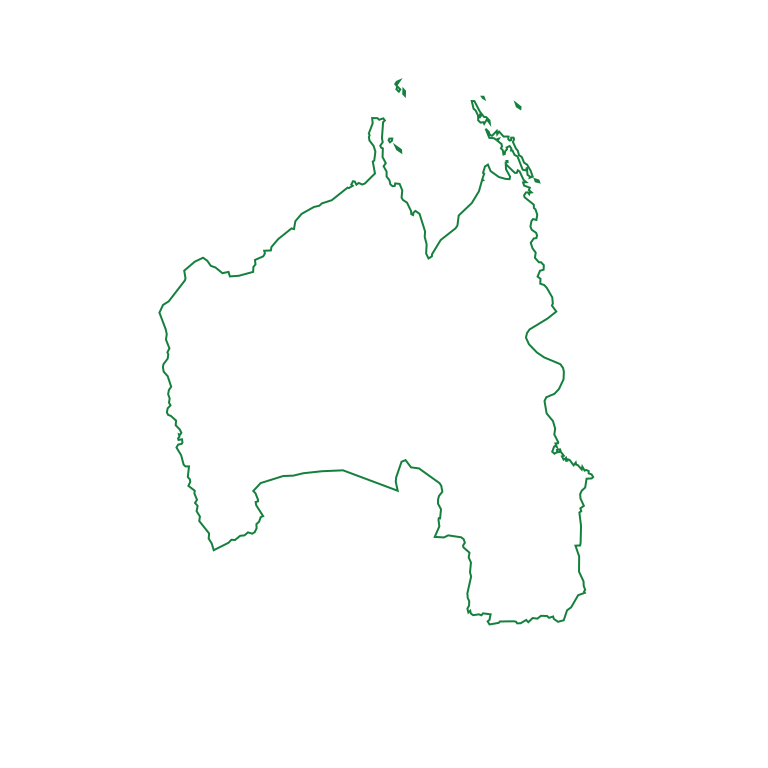 outline of Ao Luek, Krabi, Thailand, rotated 161°
{"feature_id": "78962969B54777225393770", "entity_name": "Ao Luek", "entity_type": "district", "adm_level": 2, "iso_a3": "THA", "parent_name": "Thailand", "parent_adm1": "Krabi", "projection": "robinson", "projection_center": [98.715, 8.383], "detail": "fine", "context": "isolated", "style": "outline", "palette": "green", "viewbox_px": 768, "rotation_deg": 161, "n_neighbors": 0, "source": "geoboundaries", "source_scale": "gbopen_adm2", "svg_char_len": 6177}
<svg xmlns="http://www.w3.org/2000/svg" viewBox="0 0 768 768"><g transform="rotate(161 384 384)"><path d="M599.1,282.3L582.7,284.5L578.9,286.4L575.7,285.0L569.4,287.3L565.2,286.3L560.9,288.0L557.4,285.4L554.6,285.9L551.4,289.1L550.3,293.0L546.9,294.5L543.9,298.3L541.3,298.4L544.3,310.9L543.8,314.2L541.3,314.1L540.8,315.7L541.1,322.6L542.4,325.4L532.9,330.5L509.2,329.8L499.7,326.9L489.4,325.9L471.0,321.7L450.8,315.7L405.8,278.6L404.7,287.8L402.8,291.9L392.7,304.8L388.4,305.0L385.6,296.4L378.4,292.8L363.8,272.2L363.0,269.2L363.9,263.1L368.4,260.3L370.5,257.2L371.9,253.2L370.9,247.0L374.7,238.7L375.9,239.3L376.7,237.8L378.0,231.4L385.8,222.9L377.2,219.4L372.6,220.0L360.9,213.9L359.2,211.3L359.2,207.6L361.8,205.6L362.1,203.7L358.1,196.7L360.4,192.4L359.9,186.9L364.0,177.9L364.3,173.6L373.3,159.0L374.5,154.4L374.1,150.9L375.8,146.7L378.3,144.4L378.6,140.5L376.3,141.5L376.6,138.7L375.0,136.4L369.2,135.3L367.3,133.6L365.0,134.9L358.2,131.5L361.1,126.6L363.3,125.8L362.5,122.3L353.4,120.8L351.7,121.7L338.3,117.3L336.5,116.2L336.1,114.4L332.8,113.3L326.4,114.6L325.1,111.8L319.7,114.3L315.3,112.2L311.1,113.7L305.4,111.6L304.1,109.2L299.8,109.1L299.9,106.7L296.9,102.5L291.0,102.1L284.6,110.4L279.8,111.9L269.2,121.1L262.1,121.2L262.5,122.5L260.8,123.9L260.9,128.1L259.6,132.4L260.7,143.1L255.6,157.4L255.6,168.8L251.1,167.5L249.7,170.1L243.9,185.7L241.1,198.9L238.9,199.5L238.8,202.5L234.7,203.7L235.5,211.8L234.4,216.0L231.7,218.8L227.5,220.6L223.3,228.5L218.4,227.1L216.5,227.9L217.2,231.0L219.6,232.9L218.8,235.0L220.8,236.9L222.5,236.8L223.4,241.3L224.9,238.8L227.2,244.3L228.6,245.2L228.3,247.3L231.2,245.4L233.2,251.7L234.6,252.9L235.5,251.7L236.8,252.1L236.0,254.9L238.8,254.0L239.3,257.7L237.3,257.6L239.0,262.4L240.7,262.7L238.8,263.5L238.8,264.9L241.8,265.4L242.4,263.3L245.5,262.6L247.0,265.2L243.5,269.5L242.2,269.7L241.1,268.1L241.2,272.0L238.8,271.3L238.2,272.2L239.4,280.9L236.7,286.0L236.3,293.9L239.8,303.2L237.8,315.6L234.8,318.7L226.1,319.2L220.2,322.3L212.7,330.0L209.9,337.1L209.5,340.9L210.8,345.3L223.9,357.0L229.2,364.1L234.0,374.4L234.7,381.6L232.2,385.6L228.6,388.2L208.0,392.7L197.5,396.4L199.7,403.5L198.2,405.0L196.7,411.1L198.8,422.0L200.3,425.4L203.6,428.0L201.8,432.5L203.8,435.6L199.6,440.3L195.9,440.1L194.2,444.3L195.9,448.0L197.9,448.6L200.2,454.2L197.8,458.8L199.4,464.0L199.3,469.7L195.1,472.8L192.4,472.4L191.0,474.5L190.9,477.4L194.1,481.7L194.3,485.2L191.4,490.2L189.4,491.4L186.5,489.5L184.0,494.1L183.9,499.8L185.0,501.6L184.0,504.8L190.3,514.8L190.1,516.8L187.4,518.9L185.5,518.3L184.9,516.2L184.0,517.4L182.1,517.1L183.9,520.2L182.2,522.1L186.9,526.0L186.9,529.3L183.8,528.5L185.5,531.3L186.6,540.8L187.9,542.5L189.7,540.4L191.6,541.1L197.3,552.3L198.7,547.4L197.3,538.9L198.6,536.8L202.4,538.4L208.0,542.3L213.9,550.6L214.3,557.6L217.7,556.8L221.6,551.4L220.8,550.3L224.5,545.5L223.9,544.4L225.2,544.4L231.5,535.3L242.1,526.5L258.5,519.0L263.0,509.9L265.7,507.9L283.5,501.7L296.3,491.1L297.2,489.1L301.0,488.2L301.7,493.6L298.2,502.2L297.6,509.9L295.5,514.8L295.0,533.3L297.9,537.4L300.3,536.5L301.5,534.3L302.9,535.7L302.1,538.8L303.2,548.0L306.2,551.9L306.7,554.5L303.7,561.1L304.1,568.1L308.1,570.0L309.4,567.8L311.5,568.2L313.0,570.7L312.5,574.9L314.0,579.2L312.4,584.1L313.5,590.0L310.4,592.3L311.5,599.0L308.4,607.1L309.8,608.4L309.9,610.6L306.5,613.0L305.9,617.1L299.6,631.9L297.4,632.9L298.2,635.4L302.5,635.4L303.7,637.5L308.6,639.3L309.8,634.2L316.8,625.8L316.6,623.9L317.9,622.4L318.5,619.0L316.3,612.4L316.5,606.5L320.5,598.4L322.2,598.0L324.0,586.0L336.8,579.8L339.6,579.7L342.4,582.3L345.2,581.5L345.7,584.9L347.3,585.8L350.0,583.2L349.0,581.6L353.4,580.7L354.6,581.5L373.5,574.8L384.0,575.0L387.1,573.6L392.6,574.2L406.5,571.7L414.8,566.8L418.7,559.8L420.8,561.2L436.8,555.5L445.8,550.2L447.5,547.1L453.9,549.0L454.1,546.2L456.6,544.0L465.6,543.3L466.6,538.9L469.4,537.2L471.2,532.6L486.1,533.6L494.7,535.9L494.5,540.6L500.7,541.4L505.4,549.0L509.3,552.1L511.0,558.1L514.0,562.3L523.0,561.3L536.0,556.2L537.3,548.5L538.5,546.8L560.7,532.2L567.2,530.7L573.1,524.6L572.6,506.5L573.2,501.8L575.7,497.0L575.3,487.5L578.5,484.5L578.3,482.3L580.3,478.4L586.1,474.5L587.6,471.8L588.3,467.3L586.0,461.9L586.1,450.7L589.3,448.4L591.4,444.7L591.4,440.0L593.4,436.3L592.8,433.3L596.5,431.4L598.5,427.9L598.2,425.1L596.0,423.3L592.5,417.1L594.4,412.8L591.9,407.5L591.5,403.8L593.4,402.4L594.3,403.2L594.6,400.7L596.4,399.6L596.5,398.0L593.0,397.5L593.6,394.3L594.8,393.3L598.4,393.7L600.9,391.5L599.0,382.7L599.7,372.9L598.5,370.7L595.2,369.6L599.8,359.9L598.6,357.1L599.0,354.6L602.1,351.4L597.7,344.7L598.9,342.3L598.5,335.4L601.4,333.1L599.9,329.4L602.6,324.8L601.2,318.6L603.3,314.6L598.0,299.6L600.1,294.9L598.8,289.3L599.1,282.3ZM179.1,531.6L175.9,531.6L175.9,537.8L177.3,544.8L179.5,547.7L179.8,553.7L181.8,556.4L181.6,561.3L182.6,563.7L183.3,570.9L181.3,573.1L181.3,574.7L183.5,575.5L184.5,573.2L185.9,573.2L186.8,575.0L185.7,577.4L190.4,579.1L193.0,585.2L195.6,583.3L195.0,586.6L201.1,583.5L202.8,585.1L202.9,588.4L204.8,592.2L204.3,582.5L199.9,580.5L198.5,578.5L195.6,578.6L197.5,576.9L194.8,572.7L195.1,570.2L196.7,568.8L195.6,566.4L196.3,562.1L195.0,562.1L193.6,564.7L191.2,565.9L191.1,567.7L187.7,568.1L186.9,565.2L187.9,563.4L186.5,562.9L186.0,558.1L183.7,555.8L183.1,541.5L180.2,539.7L178.4,542.3L180.2,535.0L178.4,532.6L179.1,531.6ZM200.6,600.7L199.1,596.0L198.5,598.8L200.5,603.1L202.5,604.0L204.7,610.4L206.4,622.0L208.9,623.0L209.7,615.1L208.3,612.8L207.6,606.6L206.5,606.2L205.2,607.7L204.9,606.1L206.6,604.9L208.0,606.1L209.1,602.6L207.6,599.7L204.8,599.2L204.6,597.4L200.6,600.7ZM295.7,605.5L295.3,601.6L292.3,597.5L291.7,599.8L295.7,605.5ZM168.1,606.7L168.1,603.1L165.5,599.8L164.7,601.4L168.1,606.7ZM274.5,661.0L276.3,658.7L274.8,655.6L272.7,657.3L274.5,661.0ZM174.7,526.2L171.6,524.2L171.6,526.2L174.7,528.5L174.7,526.2ZM300.3,612.9L299.7,610.6L297.4,611.4L296.3,613.4L299.1,614.3L300.3,612.9ZM273.5,665.6L275.7,664.0L275.1,662.3L270.2,665.9L273.5,665.6ZM269.7,656.3L271.4,652.0L270.4,649.8L268.8,654.1L269.7,656.3ZM197.8,623.7L197.3,622.0L196.3,620.9L196.4,623.2L197.8,623.7ZM195.7,555.0L196.2,553.6L194.9,553.5L194.6,554.6L195.7,555.0Z" fill="none" stroke="#15803d" stroke-width="2"/></g></svg>